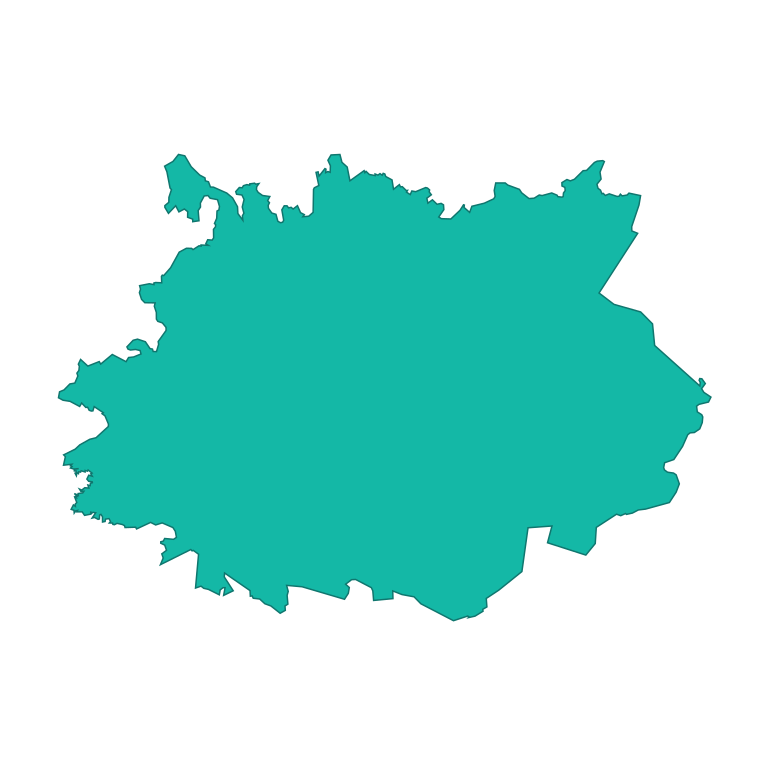 outline of Arcelia, Guerrero, Mexico, rotated 267°
{"feature_id": "50627088B97404190214599", "entity_name": "Arcelia", "entity_type": "district", "adm_level": 2, "iso_a3": "MEX", "parent_name": "Mexico", "parent_adm1": "Guerrero", "projection": "albers", "projection_center": [-100.171, 18.254], "detail": "fine", "context": "isolated", "style": "filled", "palette": "teal", "viewbox_px": 768, "rotation_deg": 267, "n_neighbors": 0, "source": "geoboundaries", "source_scale": "gbopen_adm2", "svg_char_len": 6069}
<svg xmlns="http://www.w3.org/2000/svg" viewBox="0 0 768 768"><g transform="rotate(267 384 384)"><path d="M215.3,151.3L228.8,182.4L227.4,183.6L227.8,184.9L223.7,189.9L190.1,185.1L191.7,190.7L189.4,193.3L188.1,197.9L182.1,208.5L186.9,209.6L189.0,212.6L188.9,214.6L181.3,212.8L185.4,222.6L199.7,214.4L203.6,214.9L184.7,239.4L179.1,239.4L179.3,241.2L176.9,242.2L175.8,248.6L170.8,253.5L168.3,259.4L160.5,268.3L163.1,273.6L167.5,273.5L169.2,276.5L178.0,276.2L181.9,277.5L188.0,276.2L185.8,291.6L171.1,333.3L176.8,337.4L182.6,338.7L186.1,335.2L190.3,341.4L190.3,345.4L181.3,360.7L178.0,362.0L168.4,362.3L169.2,381.7L176.9,381.9L172.8,390.9L169.9,402.9L162.6,409.3L144.0,441.0L147.9,455.5L147.0,456.8L146.3,456.1L147.4,462.7L151.9,471.0L153.8,470.8L156.0,475.1L164.5,474.9L172.1,487.8L189.5,511.9L232.9,520.3L233.4,544.3L216.9,539.0L202.6,576.6L213.6,586.6L229.7,588.5L241.8,609.4L240.1,613.5L242.0,618.4L241.1,619.3L242.1,625.3L244.9,631.4L245.4,638.7L250.7,662.8L260.7,670.1L268.8,673.7L278.0,671.0L279.9,668.5L281.1,662.5L283.5,659.6L285.9,658.9L290.7,660.1L293.4,669.5L306.1,678.9L317.5,684.7L319.2,687.2L319.3,691.4L322.7,697.0L328.8,699.8L334.4,700.6L336.7,699.7L339.8,695.4L345.5,695.0L347.2,697.5L349.0,707.1L353.8,709.8L358.9,703.0L362.7,700.9L367.6,704.9L372.6,701.7L372.9,699.6L371.2,698.9L369.0,699.9L365.5,699.3L408.3,656.3L430.0,655.3L442.5,644.1L451.5,617.8L463.6,603.5L521.2,645.2L523.9,639.5L528.2,639.6L549.4,648.0L558.7,650.1L561.8,638.6L560.0,636.7L559.4,631.7L561.2,630.0L559.2,628.6L559.1,626.6L562.1,618.9L560.7,614.9L562.9,612.9L562.6,611.6L566.3,610.3L568.2,608.0L572.3,607.1L577.3,611.5L584.3,610.8L594.6,615.7L595.6,614.2L595.4,608.6L594.2,605.7L586.7,597.5L586.6,594.0L578.5,584.9L577.1,580.7L578.6,577.4L575.8,572.2L572.4,572.1L570.9,574.9L567.7,575.1L565.3,573.2L561.7,572.7L561.3,571.4L562.0,567.4L563.5,566.7L566.0,561.5L563.9,551.8L564.6,548.9L561.7,543.7L561.6,538.5L567.7,531.5L571.3,529.4L576.2,518.0L578.4,515.6L578.9,506.1L571.5,504.2L565.5,504.8L563.2,503.3L559.3,493.6L556.9,481.1L550.9,478.5L556.1,473.2L558.5,473.6L558.8,472.8L553.5,469.0L545.3,459.4L546.1,449.9L547.9,447.4L555.0,452.9L559.8,452.8L561.4,450.5L560.7,446.4L565.4,442.0L562.3,437.3L567.3,436.5L570.5,441.2L573.5,439.2L575.4,439.7L577.4,437.7L578.0,435.9L574.4,425.7L575.3,421.9L571.8,420.1L574.4,416.5L576.1,417.6L576.0,416.4L580.1,412.6L580.0,410.8L582.3,409.8L578.0,403.7L587.4,402.7L591.1,396.6L593.7,395.8L594.4,394.2L592.6,393.1L594.3,391.0L592.9,388.9L594.2,386.1L592.6,386.1L594.0,380.3L597.3,377.2L596.0,376.0L598.1,375.3L588.7,360.6L602.6,358.6L607.6,353.6L615.5,352.0L615.5,343.1L610.4,339.7L604.7,341.9L598.2,341.3L599.1,339.1L598.1,336.8L601.6,337.3L602.2,336.3L595.0,330.0L599.3,329.3L598.9,327.2L585.6,329.3L583.6,324.7L582.0,323.8L559.1,322.2L555.5,317.6L555.3,311.7L557.3,313.3L559.5,309.6L566.6,306.9L563.5,302.4L565.3,300.5L564.9,297.9L567.0,296.5L567.2,293.7L563.3,291.1L552.7,292.4L550.8,291.2L550.5,289.0L552.1,286.5L559.1,285.0L560.6,280.9L565.5,277.8L568.5,277.7L571.0,279.1L573.2,277.4L577.2,279.8L578.6,272.6L581.9,268.4L584.7,266.8L587.7,267.2L590.7,269.6L590.3,266.3L591.3,265.3L590.9,260.4L589.6,260.2L590.3,257.5L589.4,254.0L587.4,252.7L587.8,249.8L583.9,246.0L581.2,246.7L580.2,252.0L575.6,253.9L568.2,251.7L561.9,253.0L559.4,251.4L554.9,251.6L561.9,247.0L568.7,247.0L577.8,242.5L582.9,237.0L589.5,224.0L589.8,221.0L595.1,219.3L596.3,216.2L599.2,216.0L602.3,210.9L611.1,202.8L622.3,197.0L624.0,190.8L617.3,184.9L613.0,176.3L607.3,178.3L590.9,180.6L589.2,181.9L581.7,179.0L576.7,178.6L573.6,174.5L571.9,174.4L565.7,177.7L572.9,185.3L566.6,188.2L569.2,193.8L566.4,197.0L560.8,196.6L558.6,201.6L556.1,201.5L556.7,207.8L566.9,207.5L570.3,210.0L574.3,210.1L581.2,214.3L581.4,218.1L578.6,220.1L576.8,227.4L569.9,229.0L566.4,228.2L565.5,226.3L558.2,225.6L553.1,223.1L552.0,224.2L549.7,223.9L547.4,221.8L538.8,221.5L536.7,219.9L537.3,215.5L533.4,213.4L531.6,215.9L532.4,208.6L531.3,208.6L531.7,206.5L528.2,200.3L529.5,199.0L529.9,193.8L526.4,186.4L511.3,177.0L503.8,169.7L504.3,168.3L503.1,167.4L496.7,167.3L497.3,161.2L496.9,159.5L495.3,159.5L496.4,154.9L495.0,145.1L491.4,145.8L488.0,144.5L481.2,146.3L477.7,149.4L477.0,159.7L473.7,158.7L467.4,160.4L460.7,160.1L458.4,161.4L456.6,165.9L451.9,169.3L448.9,169.2L438.2,160.7L435.4,161.0L428.3,158.5L428.5,155.2L431.0,154.6L431.6,152.2L438.7,147.9L441.7,140.2L440.8,135.8L434.5,129.2L432.2,130.2L431.2,132.6L431.5,137.7L430.2,142.2L426.7,142.9L424.1,135.4L423.8,130.3L419.8,127.6L427.7,114.2L418.7,102.1L421.3,100.8L417.4,89.2L424.4,82.3L419.8,79.8L417.7,80.7L413.5,80.0L410.9,77.9L408.0,78.7L401.1,75.3L400.5,70.3L394.8,64.1L393.2,59.6L387.3,58.2L384.6,62.6L383.1,69.6L377.5,78.9L380.8,81.1L376.2,85.0L376.3,86.8L373.2,88.2L372.3,90.3L372.4,91.9L376.6,93.4L370.0,102.2L369.1,100.9L366.8,103.7L358.5,106.7L356.0,106.5L345.4,93.6L344.2,87.3L339.2,77.1L335.1,72.2L330.0,60.4L328.1,62.0L319.7,59.7L320.2,68.1L318.7,66.6L317.9,68.1L316.5,66.5L315.3,69.8L315.5,74.7L315.0,70.2L313.4,70.2L313.4,71.9L311.5,72.0L311.1,70.8L308.5,72.0L311.6,72.8L310.5,74.2L312.3,74.6L311.9,76.4L313.2,77.0L311.8,80.9L313.3,81.0L312.5,83.3L313.6,84.0L310.3,87.8L309.7,86.5L307.2,87.8L308.4,84.4L304.6,82.3L302.3,84.0L301.6,87.5L300.7,87.6L300.2,85.6L297.9,85.3L298.6,83.0L295.5,83.8L296.1,79.8L293.9,76.6L295.0,74.4L292.6,75.7L292.6,78.7L291.0,77.5L290.6,72.8L288.8,72.9L290.8,69.1L287.7,71.7L287.7,69.9L286.5,70.6L287.0,69.3L281.7,71.0L280.1,69.3L278.0,69.4L279.5,67.5L275.2,65.0L274.1,67.8L271.4,67.9L273.5,69.5L273.8,71.4L272.4,70.6L272.1,75.9L268.5,78.1L269.4,84.5L272.2,84.4L270.0,85.0L271.1,86.7L270.5,89.3L265.4,85.5L265.9,87.9L263.8,91.4L264.1,92.7L268.1,93.2L268.6,94.5L266.2,95.9L260.9,95.7L261.3,98.3L263.6,98.8L264.0,102.3L261.0,103.7L259.6,102.4L259.3,105.7L258.0,105.9L257.6,107.4L258.8,110.1L257.4,115.3L256.2,117.4L254.2,117.9L254.0,128.5L252.2,129.3L258.0,143.7L255.2,148.6L256.9,155.2L251.7,165.7L247.8,167.9L241.7,168.7L239.9,165.7L241.2,156.9L238.7,155.4L238.1,152.8L236.7,152.7L234.6,156.6L229.3,158.1L226.0,153.2L221.8,154.4L215.3,151.3Z" fill="#14b8a6" stroke="#0f766e" stroke-width="1.5"/></g></svg>